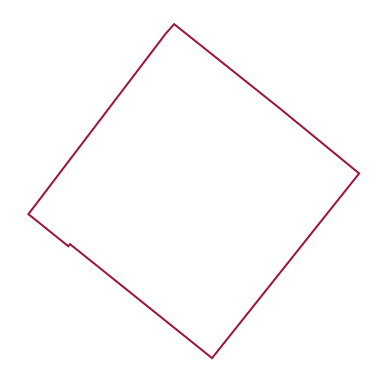 Grundy, Missouri, United States of America, rotated 129°
{"feature_id": "52423323B63054850520902", "entity_name": "Grundy", "entity_type": "district", "adm_level": 2, "iso_a3": "USA", "parent_name": "United States of America", "parent_adm1": "Missouri", "projection": "albers", "projection_center": [-93.583, 40.113], "detail": "fine", "context": "isolated", "style": "outline", "palette": "rose", "viewbox_px": 384, "rotation_deg": 129, "n_neighbors": 0, "source": "geoboundaries", "source_scale": "gbopen_adm2", "svg_char_len": 267}
<svg xmlns="http://www.w3.org/2000/svg" viewBox="0 0 384 384"><g transform="rotate(129 192 192)"><path d="M72.8,311.5L85.4,312.1L312.2,305.2L312.0,254.0L309.3,254.0L308.5,71.9L72.4,73.8L71.8,176.1L72.8,311.5Z" fill="none" stroke="#9f1239" stroke-width="2"/></g></svg>